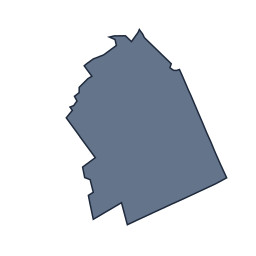 Litchfield, Connecticut, United States of America, rotated 153°
{"feature_id": "52423323B65115859299704", "entity_name": "Litchfield", "entity_type": "district", "adm_level": 2, "iso_a3": "USA", "parent_name": "United States of America", "parent_adm1": "Connecticut", "projection": "mercator", "projection_center": [-73.244, 41.76], "detail": "fine", "context": "isolated", "style": "filled", "palette": "slate", "viewbox_px": 256, "rotation_deg": 153, "n_neighbors": 0, "source": "geoboundaries", "source_scale": "gbopen_adm2", "svg_char_len": 890}
<svg xmlns="http://www.w3.org/2000/svg" viewBox="0 0 256 256"><g transform="rotate(153 128 128)"><path d="M62.7,38.8L62.1,54.1L61.4,66.9L60.5,78.1L60.1,87.3L59.3,97.7L58.6,108.3L58.6,108.5L57.2,128.5L57.2,128.8L57.0,134.0L55.9,150.4L55.6,156.8L58.2,157.1L61.2,158.6L63.3,162.7L60.3,165.6L72.4,201.0L72.3,205.0L73.2,210.6L75.6,208.6L85.7,203.4L88.4,211.3L98.4,216.3L103.3,217.5L99.4,212.7L100.9,206.8L116.6,204.2L127.6,205.3L135.4,204.1L138.8,203.3L136.7,190.5L141.2,190.2L153.0,186.4L155.5,181.7L159.8,180.8L161.3,180.6L161.2,175.2L163.0,174.3L166.2,172.6L170.2,173.0L169.6,169.0L178.4,165.1L174.8,142.7L174.8,142.1L170.6,116.4L186.2,113.8L189.1,103.5L185.2,99.2L188.1,86.5L193.9,86.0L196.1,78.3L200.4,62.4L167.7,64.4L172.5,42.1L162.3,41.8L145.3,41.2L121.8,40.3L121.5,40.2L121.0,40.2L107.2,39.6L106.9,39.6L75.2,38.5L62.7,38.8Z" fill="#64748b" stroke="#1e293b" stroke-width="1.5"/></g></svg>